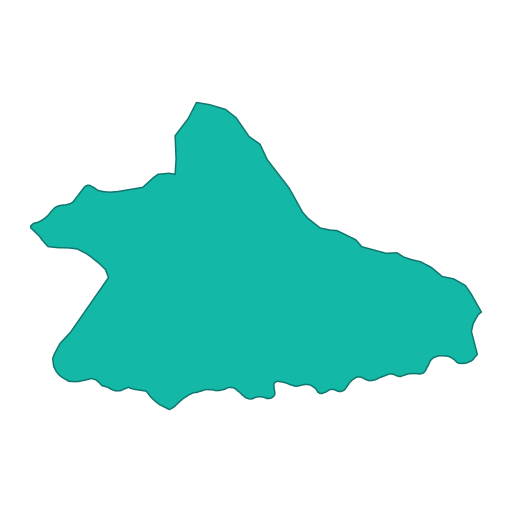 outline of Bambio, Sangha-Mbaéré, Central African Republic
{"feature_id": "33826404B86044426841106", "entity_name": "Bambio", "entity_type": "district", "adm_level": 2, "iso_a3": "CAF", "parent_name": "Central African Republic", "parent_adm1": "Sangha-Mbaéré", "projection": "albers", "projection_center": [16.839, 3.876], "detail": "fine", "context": "isolated", "style": "filled", "palette": "teal", "viewbox_px": 512, "rotation_deg": 0, "n_neighbors": 0, "source": "geoboundaries", "source_scale": "gbopen_adm2", "svg_char_len": 3442}
<svg xmlns="http://www.w3.org/2000/svg" viewBox="0 0 512 512"><path d="M481.3,312.0L471.1,293.9L465.3,285.5L453.5,278.8L442.3,276.6L431.6,267.6L420.4,261.7L411.7,259.7L403.8,257.1L396.9,252.8L385.9,253.3L361.7,246.7L355.8,239.8L337.0,230.6L330.3,230.1L320.1,228.0L316.6,225.2L307.9,218.3L302.5,212.2L299.0,205.8L289.0,187.9L267.3,159.8L260.0,144.2L249.0,136.5L236.2,117.9L225.5,109.4L222.8,108.6L209.2,104.6L196.5,102.5L188.3,118.4L175.1,135.8L176.1,159.0L175.1,174.3L168.9,173.3L158.0,174.3L153.1,177.9L142.7,187.4L127.6,189.9L118.2,191.5L109.8,192.2L103.7,191.7L97.8,190.4L93.7,187.4L89.4,185.3L87.3,185.3L84.8,186.6L72.8,202.2L70.0,203.7L65.2,205.0L61.8,205.2L58.0,206.0L54.7,207.8L50.9,211.9L48.3,215.2L44.7,218.3L41.4,220.6L37.9,222.3L33.5,223.4L30.7,225.9L31.0,228.2L33.0,230.0L39.1,235.9L41.9,239.7L48.0,246.6L58.2,247.7L68.7,247.9L77.1,248.9L86.3,253.6L91.1,256.9L99.0,263.3L105.4,269.4L108.5,277.6L70.7,332.0L66.9,336.1L63.8,339.4L60.2,343.3L57.2,348.6L54.4,354.0L52.8,358.3L53.1,362.2L53.8,366.5L55.9,370.9L58.4,374.2L61.2,376.7L64.0,378.5L68.9,381.3L73.7,381.6L78.1,381.6L81.9,380.8L85.2,380.1L91.6,378.5L95.9,379.8L99.0,382.4L102.0,385.7L107.7,387.2L111.2,389.3L115.3,390.8L120.2,390.8L128.6,387.2L130.4,388.3L134.4,389.3L137.5,389.8L145.9,391.1L146.9,391.9L150.8,397.0L154.1,400.3L159.2,404.4L169.2,409.5L171.1,408.7L172.8,407.7L174.5,406.6L175.8,405.2L177.3,403.9L178.6,402.5L180.0,401.2L181.6,400.0L183.0,398.7L184.7,397.6L186.3,396.6L188.0,395.4L189.7,394.4L191.6,393.6L193.5,392.7L196.0,392.5L197.3,392.3L199.2,391.5L201.5,391.0L203.4,390.2L205.6,389.6L207.7,389.6L210.6,389.7L213.0,389.9L215.1,390.5L217.9,390.6L220.4,390.3L222.5,389.8L224.8,389.3L226.5,388.3L228.4,387.5L230.6,387.5L233.1,387.7L235.0,388.6L236.5,389.7L237.9,391.1L239.6,392.2L240.9,393.5L242.3,395.0L243.9,396.1L245.3,397.5L247.2,398.3L249.3,398.9L252.1,398.9L254.0,398.1L255.9,397.2L258.2,396.8L260.3,396.8L262.8,397.1L265.0,397.7L266.9,398.5L269.2,398.5L271.3,398.0L273.0,396.9L274.3,395.6L274.9,393.4L274.6,391.0L274.1,388.7L273.9,386.2L274.0,383.5L275.3,382.1L277.2,381.3L279.7,381.6L282.2,382.0L284.4,382.5L286.5,383.1L288.4,383.9L290.3,384.8L292.6,385.3L294.5,386.1L297.2,386.2L299.4,385.7L301.5,385.1L303.4,384.7L303.8,384.7L306.2,384.4L308.7,384.7L310.9,385.2L312.5,386.4L314.2,387.5L315.8,388.8L316.9,390.5L318.0,392.2L319.6,393.3L322.0,393.6L323.9,392.7L326.0,392.0L327.5,391.0L329.5,389.8L331.7,389.3L334.1,389.6L336.0,390.4L338.0,391.3L340.4,391.6L342.1,391.1L344.0,390.3L345.3,388.9L346.5,387.2L347.6,385.7L348.7,384.0L349.8,382.3L351.3,381.0L352.6,379.6L354.3,378.6L355.9,377.5L358.1,376.9L360.6,377.2L362.8,377.8L364.4,378.9L366.3,379.7L368.5,380.6L371.2,380.6L373.5,380.2L375.6,379.6L377.6,378.8L379.2,377.7L381.4,377.1L383.3,376.3L385.2,375.6L387.2,374.8L389.2,374.0L391.8,374.0L394.1,374.5L396.0,375.4L397.9,376.2L400.4,376.6L402.3,375.8L404.5,375.2L406.4,374.4L408.5,373.9L411.0,373.6L413.8,373.6L416.5,373.6L419.0,374.0L421.4,373.7L423.4,373.0L424.8,371.5L425.9,369.9L426.7,368.0L427.8,366.3L428.7,364.4L429.5,362.5L430.4,360.6L431.7,359.3L433.1,357.9L435.1,357.1L437.0,356.3L439.1,355.8L441.9,355.8L444.6,355.9L447.1,356.1L449.3,356.7L451.2,357.6L452.9,358.7L454.5,359.8L455.8,361.2L457.2,362.5L459.1,363.4L461.9,363.4L464.6,363.4L466.8,362.9L468.7,362.0L470.6,361.3L472.3,360.2L473.6,358.9L474.7,357.2L476.2,355.9L477.3,354.2L471.4,331.5L473.2,323.5L478.1,314.8L481.3,312.0Z" fill="#14b8a6" stroke="#0f766e" stroke-width="1.5"/></svg>